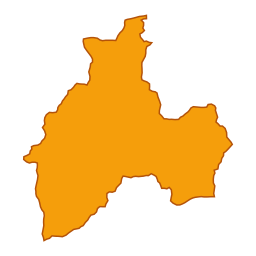 Bom Jardim de Minas, Minas Gerais, Brazil
{"feature_id": "56859067B79987470912291", "entity_name": "Bom Jardim de Minas", "entity_type": "district", "adm_level": 2, "iso_a3": "BRA", "parent_name": "Brazil", "parent_adm1": "Minas Gerais", "projection": "orthographic", "projection_center": [-44.123, -21.937], "detail": "fine", "context": "isolated", "style": "filled", "palette": "amber", "viewbox_px": 256, "rotation_deg": 0, "n_neighbors": 0, "source": "geoboundaries", "source_scale": "gbopen_adm2", "svg_char_len": 3280}
<svg xmlns="http://www.w3.org/2000/svg" viewBox="0 0 256 256"><path d="M83.5,39.0L83.2,41.3L83.7,43.8L84.5,47.3L86.5,50.2L88.9,53.4L91.0,56.2L92.5,59.0L92.5,62.1L90.6,63.8L90.2,67.2L88.8,71.9L90.0,76.5L89.8,80.1L88.3,82.4L87.0,85.0L84.4,84.2L82.2,84.1L79.4,83.9L76.9,83.4L75.1,85.0L73.6,87.2L71.0,89.8L68.3,90.7L67.7,94.4L65.6,96.7L64.0,99.1L62.5,100.9L61.3,103.7L59.2,105.4L57.9,107.5L57.6,109.9L56.2,112.2L52.7,112.7L49.4,112.4L46.4,114.7L44.8,117.7L44.4,120.5L44.9,124.2L42.5,127.5L44.6,130.8L45.8,134.6L44.6,138.3L41.9,141.0L40.6,143.5L37.8,145.1L33.8,145.6L31.5,146.7L31.8,149.2L30.3,150.9L29.7,153.9L27.0,155.4L23.9,156.7L23.7,159.5L26.6,161.9L29.4,163.0L32.1,162.2L35.0,162.2L37.3,163.0L37.4,165.4L37.2,168.0L36.5,170.4L37.1,172.7L38.0,175.6L37.5,179.5L36.7,183.0L36.0,186.1L35.5,188.7L35.9,191.5L35.9,193.8L36.5,196.4L38.7,199.4L39.6,202.5L40.5,206.8L41.8,209.7L43.8,212.2L44.3,215.8L43.7,219.1L43.6,222.3L43.8,225.6L43.0,230.0L42.2,234.0L43.5,237.7L44.0,240.6L46.6,239.2L49.5,238.3L52.0,235.9L55.5,236.2L58.7,236.3L62.4,236.7L66.1,235.1L68.4,233.1L70.8,231.4L73.7,229.4L76.7,228.8L79.1,228.3L80.8,226.7L83.2,225.6L85.3,222.5L87.8,219.9L89.1,217.5L90.9,215.1L94.2,214.2L96.5,211.9L97.5,208.5L99.7,206.6L102.6,206.7L105.1,206.7L105.9,204.0L107.9,200.6L106.8,197.5L106.9,193.5L109.3,191.9L112.3,192.2L115.1,191.2L116.5,187.6L118.6,185.4L120.9,183.1L121.7,178.5L123.1,176.1L125.7,176.5L128.3,177.1L131.0,177.7L133.3,176.6L135.7,176.3L138.6,176.6L143.5,176.1L146.1,175.5L148.4,175.6L151.2,173.7L154.0,175.1L156.1,176.4L157.2,179.0L157.9,181.5L159.7,183.0L160.7,185.5L161.7,188.3L164.4,188.3L166.9,188.8L169.2,187.4L171.3,189.7L171.9,194.3L171.2,197.6L170.6,200.8L173.0,203.1L176.7,205.0L179.9,204.9L182.4,203.9L184.8,202.7L187.8,200.7L190.3,199.1L192.7,198.0L195.2,197.3L199.1,196.8L201.4,196.6L203.9,196.9L207.3,196.9L211.2,196.7L214.4,196.7L213.7,193.4L214.3,189.6L214.8,185.9L213.4,183.0L213.3,179.2L213.7,175.6L214.9,173.1L214.2,170.2L217.9,168.9L218.6,164.5L221.1,161.8L221.7,158.5L223.5,155.7L223.7,152.8L225.6,151.6L227.5,149.7L229.7,147.3L232.3,144.4L231.0,142.1L229.4,140.2L226.8,137.1L226.6,132.6L225.1,128.4L222.5,126.1L220.0,126.0L218.1,123.8L216.0,122.0L216.6,119.4L217.6,117.2L216.4,113.4L215.4,110.3L215.8,108.0L214.6,105.8L211.4,104.1L208.1,104.5L206.7,107.1L203.8,107.4L200.9,107.4L196.7,107.0L193.3,106.7L190.9,108.0L189.5,110.2L187.9,112.0L185.2,114.0L182.9,116.1L180.5,117.2L178.6,119.4L175.0,119.6L171.6,119.3L169.1,119.4L166.7,118.9L164.0,118.8L161.7,115.9L159.3,113.5L159.4,110.5L160.1,107.4L160.7,104.8L159.6,101.3L157.9,96.9L157.0,93.0L155.2,91.8L152.3,91.3L149.4,89.7L149.6,86.7L149.5,83.9L146.9,81.9L144.1,80.9L141.9,79.8L141.4,77.0L142.1,72.9L142.0,68.7L141.8,65.7L141.9,62.5L143.4,59.7L145.2,56.4L145.8,53.2L145.8,49.8L146.8,46.5L150.0,44.8L151.7,42.7L149.2,42.4L146.4,41.1L144.0,41.6L142.6,39.7L140.5,37.3L139.8,34.0L142.3,32.6L144.4,30.5L142.8,28.1L143.6,25.4L143.6,22.6L141.2,20.1L143.6,18.9L146.5,18.7L146.4,15.4L143.7,16.0L139.3,16.5L136.1,17.4L133.9,18.0L130.6,18.8L127.2,19.4L125.1,20.2L124.6,22.6L124.8,25.4L124.0,27.8L122.4,30.5L119.9,32.9L117.9,35.8L116.9,38.2L115.8,40.5L112.7,40.3L109.5,40.3L105.6,40.3L102.5,40.7L100.0,40.0L97.3,38.2L93.4,37.6L90.9,37.6L87.6,38.1L83.5,39.0Z" fill="#f59e0b" stroke="#b45309" stroke-width="1.5"/></svg>